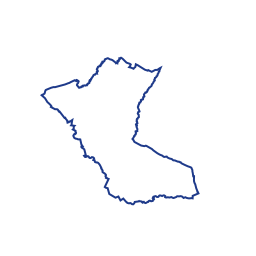 the district of Granada, Meta, Colombia, rotated 116°
{"feature_id": "7082276B97448753570939", "entity_name": "Granada", "entity_type": "district", "adm_level": 2, "iso_a3": "COL", "parent_name": "Colombia", "parent_adm1": "Meta", "projection": "robinson", "projection_center": [-73.741, 3.504], "detail": "fine", "context": "isolated", "style": "outline", "palette": "blue", "viewbox_px": 256, "rotation_deg": 116, "n_neighbors": 0, "source": "geoboundaries", "source_scale": "gbopen_adm2", "svg_char_len": 5848}
<svg xmlns="http://www.w3.org/2000/svg" viewBox="0 0 256 256"><g transform="rotate(116 128 128)"><path d="M59.6,125.1L60.4,125.7L62.9,127.1L63.9,129.0L67.1,131.3L67.1,135.2L67.8,135.4L68.2,138.4L67.4,146.0L67.3,146.5L67.3,148.9L67.7,148.8L68.0,148.3L69.0,148.5L69.5,148.2L70.1,148.2L71.2,148.8L72.3,149.0L72.4,151.5L72.8,153.6L71.7,153.3L69.7,153.4L69.5,154.4L69.9,158.0L68.1,163.3L67.9,164.8L67.9,165.1L68.5,165.5L69.0,165.5L68.9,166.0L69.1,166.3L69.5,166.0L70.1,166.1L70.5,165.8L71.3,166.2L71.8,165.7L72.4,166.1L72.4,166.4L72.1,166.5L72.3,166.8L73.1,166.6L73.1,166.2L73.4,166.0L73.9,166.1L74.5,165.9L74.5,166.1L74.1,166.4L74.0,166.8L74.3,167.1L75.0,167.3L74.6,168.0L73.8,171.7L73.9,173.2L74.2,174.2L74.1,176.6L74.4,177.2L75.2,177.6L75.7,178.3L76.5,178.9L77.3,178.6L78.5,178.6L79.0,179.0L79.1,179.5L79.4,179.6L79.6,179.9L80.1,179.3L80.7,179.3L81.1,179.6L81.3,180.2L81.6,180.3L82.4,179.7L82.6,179.7L83.0,180.2L83.6,180.1L83.8,180.3L84.0,179.9L84.5,179.9L84.7,180.5L85.2,180.8L85.5,181.4L86.3,181.8L87.0,181.5L87.5,181.8L88.9,181.8L89.2,181.5L89.3,180.9L89.6,180.5L90.0,180.5L90.2,180.1L90.9,180.3L91.2,180.7L91.5,180.6L91.8,180.1L92.3,180.2L92.7,179.8L92.9,180.4L93.4,180.7L93.7,180.8L94.2,181.2L94.6,181.1L95.0,181.8L95.7,182.2L97.1,182.1L97.9,182.4L98.9,182.4L99.8,182.8L100.5,182.4L101.3,182.9L101.6,182.7L101.7,182.9L102.0,182.8L102.0,183.1L102.3,183.0L102.4,183.3L103.4,183.1L104.2,182.5L104.5,182.5L105.0,182.9L105.4,183.4L106.1,183.7L106.5,183.4L107.5,183.6L107.5,184.2L108.3,184.5L108.7,185.1L108.8,185.9L109.5,186.7L110.6,186.8L110.8,187.1L110.5,187.5L111.1,187.7L111.2,188.0L111.9,188.0L112.4,188.9L113.0,189.1L113.3,189.9L112.7,190.8L112.0,192.5L111.7,192.8L110.8,192.9L109.6,192.6L107.8,192.8L107.8,193.1L107.6,193.1L107.5,193.3L107.3,195.2L107.4,195.4L107.8,195.5L108.0,194.8L108.5,195.0L108.3,195.6L108.6,196.1L108.5,196.9L112.1,199.8L113.1,200.4L113.9,201.3L116.4,203.6L123.3,211.5L123.9,212.9L125.5,214.7L129.2,218.0L130.0,218.6L130.9,218.6L133.6,218.1L135.1,218.9L135.5,219.5L136.4,220.0L137.6,215.7L140.1,211.7L140.4,210.4L141.3,207.7L142.0,206.4L142.9,206.5L143.1,201.9L142.3,200.1L142.2,199.5L142.5,199.1L142.5,198.7L143.4,197.6L143.6,196.9L143.2,196.7L146.8,189.4L146.3,188.9L147.2,187.7L147.8,186.2L149.7,184.7L148.7,183.7L147.9,183.7L147.7,183.0L145.3,181.6L146.5,181.3L150.0,180.1L150.5,180.2L149.5,177.1L150.5,177.4L152.3,176.5L153.5,176.9L153.5,174.0L154.3,173.7L154.7,172.9L155.3,172.9L155.6,172.5L155.9,172.5L156.8,172.9L156.9,173.5L157.1,173.6L158.7,173.8L159.3,173.4L160.1,172.4L160.2,172.0L160.5,171.7L160.5,170.3L160.1,169.1L160.1,167.8L159.4,166.6L159.2,165.9L163.2,162.7L164.3,160.8L164.8,161.8L165.1,161.8L165.7,161.4L165.9,160.9L166.1,158.9L166.4,157.9L170.6,154.3L170.8,154.1L172.2,155.3L172.8,154.2L172.8,153.7L172.4,153.1L170.9,151.8L170.9,151.0L171.7,149.6L171.6,148.9L171.2,148.3L170.1,147.8L169.8,147.1L169.7,146.3L170.1,145.2L172.0,145.1L171.7,143.8L172.2,143.5L173.0,142.8L172.9,141.3L172.5,140.9L172.4,139.6L173.3,137.5L174.8,135.4L175.9,134.5L175.8,134.2L176.8,133.4L176.8,133.0L177.3,132.2L178.2,131.9L178.8,131.5L179.1,129.0L179.6,127.5L180.1,127.1L181.1,127.2L181.7,126.6L181.9,125.8L182.5,125.8L182.3,123.1L191.2,123.0L191.4,121.6L191.0,119.9L195.5,115.9L196.1,108.7L193.8,106.6L196.4,103.0L193.5,101.3L195.2,97.3L195.2,96.8L195.6,95.9L195.4,94.5L195.2,93.9L194.5,93.2L194.4,92.5L194.7,91.0L194.3,89.9L193.0,89.4L191.5,89.5L189.4,86.4L188.9,86.1L189.0,85.9L188.3,84.4L188.1,83.5L188.6,82.8L188.7,82.2L187.7,81.9L187.4,81.4L187.9,80.8L187.8,79.4L187.1,78.7L185.7,77.9L185.5,77.4L184.5,77.3L183.9,76.8L183.7,76.4L183.7,75.1L182.7,73.8L181.2,74.0L181.0,73.5L180.6,73.4L180.4,73.7L180.4,74.4L179.8,74.1L179.4,74.2L179.3,75.1L178.6,75.0L177.2,73.5L177.1,72.6L177.3,71.9L176.9,70.9L176.5,70.5L175.2,70.3L174.6,69.8L174.3,68.7L174.2,67.5L173.1,66.7L172.7,65.8L172.9,64.6L173.1,64.5L173.9,64.3L173.9,63.8L173.5,62.7L172.8,61.9L172.3,60.2L171.1,58.8L171.1,57.0L170.9,56.3L168.9,54.4L167.8,53.9L167.0,52.0L166.1,50.7L165.9,49.1L166.5,47.4L165.1,46.1L165.1,44.5L164.7,42.8L164.2,41.7L163.2,40.2L162.9,39.1L160.6,40.1L155.9,36.0L154.8,37.3L154.9,37.7L154.0,38.3L152.3,40.2L149.1,42.9L148.5,43.8L147.2,45.1L145.7,46.0L142.6,47.4L142.4,47.5L142.8,48.2L140.0,50.1L138.9,51.0L137.6,51.7L135.9,53.7L135.9,55.1L136.2,57.5L136.3,60.8L136.3,64.0L136.2,64.8L135.7,65.7L136.1,66.7L135.9,67.5L136.2,68.0L136.4,68.5L136.6,71.7L137.0,72.5L137.2,73.3L136.7,75.1L137.2,77.3L137.2,79.5L136.7,80.7L138.1,82.7L138.2,83.5L137.8,85.0L138.0,87.8L137.8,90.7L137.0,95.4L136.4,97.3L136.0,103.7L136.2,104.4L136.9,105.0L137.2,105.5L138.0,108.5L137.7,116.0L137.4,116.6L136.5,117.7L136.0,119.1L135.7,119.2L134.9,118.9L133.7,118.8L132.7,119.0L132.3,118.6L132.0,118.8L130.9,118.6L130.6,118.3L130.1,118.3L129.4,118.7L129.0,118.6L128.0,119.6L127.6,119.7L127.0,118.5L126.7,118.3L126.4,118.6L125.3,118.9L124.6,119.3L123.5,120.6L123.1,120.7L122.7,121.2L121.9,121.0L121.7,121.3L121.7,122.1L121.4,122.4L120.5,122.3L120.1,121.7L119.5,121.6L119.0,122.3L118.3,122.6L118.0,123.3L117.6,123.2L116.4,123.9L115.9,123.9L115.4,123.4L114.8,123.6L114.1,123.4L113.6,123.0L113.4,123.0L111.3,124.3L111.1,125.1L110.7,125.6L109.2,125.8L108.3,124.9L108.0,124.9L105.2,128.1L104.6,128.4L103.8,128.3L103.1,128.7L101.9,128.4L101.2,128.8L100.2,128.9L99.7,128.1L98.8,128.2L98.3,128.0L97.2,128.7L96.6,128.4L96.2,127.4L95.7,127.1L95.1,127.2L93.7,127.9L92.7,127.1L92.3,127.1L91.4,128.1L91.0,128.3L90.3,128.3L89.0,127.9L88.5,128.0L88.2,127.7L88.2,127.2L87.4,126.8L86.6,127.0L86.4,126.8L85.6,126.7L84.8,127.1L83.6,126.6L82.6,126.7L81.9,126.1L81.0,125.9L80.3,125.4L79.5,125.3L78.3,125.7L77.7,125.4L75.9,125.1L75.2,125.3L74.6,125.2L73.8,124.8L73.5,124.8L73.3,125.3L72.9,125.6L72.0,125.4L71.2,125.7L70.5,125.2L69.8,124.9L69.1,125.1L68.4,124.6L67.6,124.6L66.7,125.0L65.8,124.7L64.0,125.0L63.4,124.6L62.2,125.0L59.6,125.1Z" fill="none" stroke="#1e3a8a" stroke-width="2"/></g></svg>